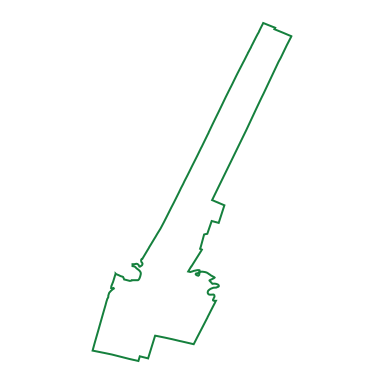 outline of Balaciu, Ialomita, Romania
{"feature_id": "2599482B99683326218446", "entity_name": "Balaciu", "entity_type": "district", "adm_level": 2, "iso_a3": "ROU", "parent_name": "Romania", "parent_adm1": "Ialomita", "projection": "robinson", "projection_center": [26.903, 44.669], "detail": "fine", "context": "isolated", "style": "outline", "palette": "green", "viewbox_px": 384, "rotation_deg": 0, "n_neighbors": 0, "source": "geoboundaries", "source_scale": "gbopen_adm2", "svg_char_len": 5404}
<svg xmlns="http://www.w3.org/2000/svg" viewBox="0 0 384 384"><path d="M111.8,354.5L128.8,358.8L129.2,358.9L138.4,361.0L139.8,356.3L147.8,358.3L148.1,358.4L155.1,335.7L155.3,335.7L157.4,336.1L164.8,337.6L172.6,339.3L179.7,341.0L181.2,341.3L193.7,344.2L195.3,341.1L196.8,338.1L201.9,328.3L206.9,318.6L207.3,317.9L207.4,317.7L207.5,317.4L207.6,317.1L209.1,314.2L210.6,311.2L212.8,306.9L215.1,302.5L215.3,301.9L215.9,300.8L214.9,300.8L214.0,300.8L213.1,300.4L213.0,300.1L213.0,299.8L213.2,299.4L213.4,299.0L213.6,298.5L213.7,298.2L214.2,297.4L214.5,296.6L214.4,295.9L214.3,295.2L213.8,294.7L213.2,294.5L212.9,294.6L212.6,294.6L211.9,294.6L211.1,294.7L209.8,294.7L208.6,294.3L207.9,293.4L207.7,292.6L207.8,291.8L208.0,291.1L208.4,290.5L209.2,289.8L209.4,289.6L209.7,289.4L210.4,289.0L211.1,288.6L213.0,287.9L213.7,287.7L214.4,287.7L215.0,287.7L215.6,287.6L215.9,287.6L216.2,287.6L216.5,287.5L216.8,287.4L217.1,287.1L217.5,287.0L217.8,286.9L218.2,286.7L218.4,286.7L218.8,286.2L218.8,285.8L218.7,285.4L218.5,285.1L218.0,284.6L217.4,284.3L216.7,284.1L215.9,283.8L215.5,283.8L215.1,283.7L213.4,283.7L212.4,283.8L209.5,280.6L209.6,280.3L213.1,278.6L213.9,278.2L214.6,277.6L214.4,277.3L210.9,275.4L210.2,274.9L209.5,274.3L209.0,274.1L208.2,273.5L208.0,273.3L207.6,273.1L207.1,272.8L206.6,272.5L206.1,272.4L205.2,272.1L204.5,272.0L203.4,271.8L203.1,271.8L202.5,271.7L201.9,271.7L201.5,271.7L201.0,271.8L200.6,271.8L200.3,272.0L199.9,272.2L199.7,272.6L199.5,273.0L199.3,273.9L199.3,274.2L199.2,274.6L199.1,275.0L198.8,275.3L198.6,275.5L198.3,275.7L198.1,275.6L197.8,275.6L197.3,275.4L197.0,275.3L196.9,275.3L196.7,275.2L196.4,275.0L196.3,274.9L196.0,274.7L195.9,274.6L195.7,274.3L195.7,274.1L195.8,274.0L195.9,273.8L196.2,273.6L196.5,273.5L196.5,273.4L196.8,273.4L197.3,273.3L197.8,273.1L198.3,272.9L198.7,272.7L198.9,272.4L199.1,272.1L199.3,271.8L199.4,271.5L199.5,271.0L199.6,270.7L199.6,270.4L199.3,270.2L198.8,270.1L198.4,270.1L197.6,270.1L196.5,270.3L195.1,270.6L193.7,270.9L192.5,271.4L191.0,271.8L190.4,272.0L189.9,271.9L188.2,271.5L190.1,268.3L191.1,266.6L191.3,266.6L201.6,250.2L201.9,249.6L201.7,249.5L200.1,248.8L200.8,246.7L202.9,239.0L204.1,234.5L204.8,234.3L205.5,234.1L206.4,234.0L207.3,233.8L211.7,221.0L218.7,222.9L224.4,205.3L212.1,200.1L220.2,183.5L231.7,160.0L243.1,136.6L245.5,131.7L246.0,130.7L249.0,124.3L256.2,108.9L259.8,101.3L260.6,99.6L260.9,99.0L261.9,96.9L263.5,93.7L278.4,62.1L278.7,61.5L280.7,57.9L286.8,45.2L288.0,42.9L291.4,36.3L291.4,36.2L289.1,35.3L283.2,32.8L274.4,29.2L275.2,27.8L268.4,25.1L264.5,23.5L263.2,23.0L262.6,24.3L260.8,27.8L259.6,30.3L259.2,31.0L259.2,31.3L258.7,32.3L258.3,33.0L258.1,33.4L257.8,33.8L256.7,35.9L256.1,37.0L255.3,38.6L254.7,39.8L254.4,40.4L254.0,41.1L253.6,42.0L252.8,43.5L252.5,44.2L252.1,44.9L251.7,45.7L251.3,46.5L251.0,47.3L250.7,47.9L250.5,48.2L250.2,48.7L250.1,49.0L249.9,49.3L249.7,49.7L249.6,49.9L249.5,50.1L249.1,50.8L248.9,51.3L248.5,51.9L248.4,52.2L247.9,52.9L247.9,53.1L247.7,53.6L246.7,55.5L243.9,61.1L243.7,61.4L242.2,64.3L238.9,70.7L237.5,73.4L236.1,76.2L233.7,81.1L232.5,83.6L230.8,87.0L229.9,88.7L229.6,89.4L228.4,91.7L227.9,92.8L227.1,94.3L226.4,95.8L226.2,96.1L222.6,103.6L219.2,110.7L215.6,118.0L212.1,125.2L209.5,130.7L208.6,132.5L208.6,132.8L208.4,133.2L207.6,134.7L201.8,146.6L201.0,148.1L197.8,154.7L195.8,158.7L192.0,166.2L189.4,171.5L187.6,175.1L184.4,181.3L183.1,184.1L182.3,185.6L180.9,188.3L178.9,192.5L173.6,203.1L171.3,207.5L167.7,214.7L164.3,221.4L163.9,222.2L160.5,228.6L157.1,234.1L155.6,236.7L154.3,238.8L150.2,245.6L149.2,247.2L149.2,247.3L149.0,247.7L146.6,251.7L143.2,257.4L142.6,258.4L142.4,258.8L142.1,258.7L141.9,258.8L141.7,259.0L141.3,259.5L141.1,260.6L141.2,261.2L141.4,261.9L141.6,262.2L141.9,262.5L142.2,262.9L142.4,263.4L142.5,263.7L142.4,264.3L142.3,264.7L142.0,265.2L141.8,265.4L141.1,265.9L140.5,266.3L140.0,266.6L139.8,266.7L139.6,266.7L139.4,266.6L139.3,266.4L139.1,266.0L138.8,265.4L138.6,265.0L138.4,264.8L138.2,264.6L138.0,264.4L137.4,264.0L137.0,263.9L136.6,263.8L136.3,263.8L136.0,263.9L135.7,263.9L134.4,264.2L133.7,264.2L132.5,264.2L132.5,266.1L132.9,266.2L133.6,266.3L134.4,266.5L134.7,266.6L135.2,267.0L135.5,267.2L136.1,267.9L136.5,268.3L137.4,269.0L138.2,269.6L138.6,269.9L138.9,270.2L139.4,270.6L139.8,271.1L140.2,271.6L140.6,272.4L140.7,272.7L140.8,273.1L140.8,273.4L140.7,274.3L140.7,274.6L140.5,275.2L140.3,276.1L140.0,277.0L139.7,277.8L139.4,278.5L139.2,278.9L138.8,279.5L138.5,279.8L138.1,280.1L137.9,280.2L132.0,280.2L132.0,280.4L131.9,280.5L130.3,280.8L130.1,280.9L129.8,280.9L127.9,280.4L126.0,279.9L124.8,279.6L124.2,279.5L123.7,278.3L123.3,277.4L123.1,277.0L122.7,276.8L122.3,276.6L121.5,276.4L120.6,276.1L119.9,275.8L119.6,275.6L118.5,275.1L117.3,274.6L116.7,274.4L116.1,274.0L115.9,273.9L115.6,273.6L115.6,273.8L115.5,274.1L115.0,275.6L113.5,280.5L113.0,282.1L112.6,283.0L112.3,283.8L111.3,286.3L111.3,286.6L111.3,287.0L111.3,287.3L111.1,288.0L111.7,288.2L112.2,288.3L113.1,288.1L113.5,288.0L113.6,288.3L113.8,288.6L113.0,289.1L112.0,289.9L111.2,290.6L109.9,292.0L109.3,292.7L109.0,293.4L108.9,293.6L108.7,294.5L108.5,294.9L108.4,295.4L108.3,295.6L108.3,295.9L108.3,296.2L108.3,296.5L108.3,296.8L108.3,297.0L108.2,297.1L107.8,298.1L107.4,298.7L107.3,298.9L107.2,299.2L107.0,299.9L106.5,301.4L105.9,303.6L105.6,304.8L103.8,311.0L102.0,317.3L100.3,323.3L98.3,330.4L94.7,342.9L92.6,350.6L103.0,352.7L103.6,352.8L111.8,354.5Z" fill="none" stroke="#15803d" stroke-width="2"/></svg>